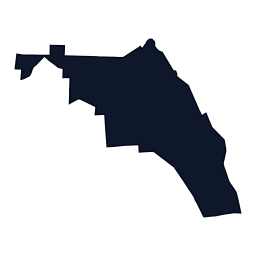 outline of Manastirea, Calarasi, Romania
{"feature_id": "2599482B98336508905768", "entity_name": "Manastirea", "entity_type": "district", "adm_level": 2, "iso_a3": "ROU", "parent_name": "Romania", "parent_adm1": "Calarasi", "projection": "natural_earth1", "projection_center": [26.829, 44.21], "detail": "fine", "context": "isolated", "style": "filled", "palette": "ink", "viewbox_px": 256, "rotation_deg": 0, "n_neighbors": 0, "source": "geoboundaries", "source_scale": "gbopen_adm2", "svg_char_len": 4982}
<svg xmlns="http://www.w3.org/2000/svg" viewBox="0 0 256 256"><path d="M21.1,79.2L21.4,79.2L21.5,79.2L21.9,79.1L22.7,78.8L23.5,78.5L24.0,78.3L25.4,77.6L28.0,76.3L28.5,76.1L28.8,76.0L29.0,75.9L29.3,75.7L29.9,74.6L30.5,73.6L30.8,73.1L31.0,72.7L31.1,72.1L31.7,70.3L32.0,69.4L32.2,68.9L32.3,68.7L33.1,67.2L33.2,66.9L33.4,66.7L33.5,66.5L33.7,66.4L33.9,66.2L34.1,66.1L34.5,65.8L34.5,65.7L34.9,65.5L35.2,65.3L35.3,65.2L35.5,65.0L35.8,64.8L36.1,64.5L36.5,64.1L37.1,63.4L37.4,63.1L37.6,62.9L37.9,62.7L38.0,62.5L38.1,62.4L38.4,62.1L39.3,61.2L40.7,59.7L41.9,58.5L42.1,58.3L42.2,58.2L42.3,58.1L43.5,56.8L44.4,56.0L45.1,56.6L46.0,57.4L46.5,57.8L47.3,58.5L48.5,59.6L49.4,60.4L49.9,60.8L50.0,60.9L52.4,62.6L53.5,63.4L53.7,63.5L53.8,63.5L54.0,63.8L55.1,64.6L56.1,65.4L57.3,66.3L57.5,66.4L57.7,66.6L58.0,66.7L58.2,66.9L58.2,67.0L58.5,67.2L63.4,68.5L63.3,71.8L63.2,76.0L63.1,77.2L63.1,77.5L63.5,77.5L63.5,77.3L70.2,77.5L70.2,77.8L70.1,81.8L70.0,85.9L69.9,88.0L69.9,89.4L69.8,91.2L69.7,92.4L69.9,93.2L69.5,103.4L72.3,101.8L76.4,99.6L77.6,98.9L77.9,98.9L78.5,98.8L79.0,98.7L79.3,98.7L79.5,98.8L79.9,98.8L80.1,98.9L80.3,99.0L80.8,99.2L81.7,99.6L83.5,100.5L86.2,101.8L87.9,102.6L89.4,103.4L90.1,103.7L91.3,104.1L91.7,104.2L91.8,104.2L91.8,104.3L92.0,104.6L92.3,104.8L96.1,106.6L95.3,114.6L97.2,114.5L103.1,114.2L104.9,114.1L105.0,115.2L105.3,120.0L105.6,125.1L106.4,136.2L106.6,138.3L106.8,140.8L107.2,146.6L113.9,146.2L118.6,145.7L122.7,145.3L123.1,145.2L127.1,145.0L130.5,144.9L133.7,144.7L137.4,144.6L139.0,144.5L139.4,151.9L141.2,151.8L144.0,151.6L147.7,151.4L152.1,151.2L153.0,151.2L153.2,150.9L155.2,152.3L156.4,153.2L157.4,154.0L158.7,155.0L160.6,156.4L162.7,158.0L165.3,160.0L168.0,162.1L172.1,165.2L173.5,166.2L174.4,167.0L174.7,167.6L180.2,175.5L181.4,177.3L182.7,179.2L185.8,183.9L187.1,185.8L187.6,186.7L189.2,189.2L190.1,190.5L190.9,191.7L194.2,196.7L194.6,197.6L194.9,198.0L195.0,198.2L195.0,198.4L195.0,198.6L195.1,199.1L195.2,199.7L195.3,199.8L195.4,200.0L196.0,200.9L196.5,201.7L196.7,202.2L197.5,203.6L199.6,207.8L203.9,216.7L208.8,216.2L210.8,216.0L211.6,215.9L212.6,215.8L215.1,215.7L223.6,214.0L234.2,212.5L238.5,212.7L239.1,212.7L239.8,212.8L240.6,212.9L237.3,197.6L236.0,192.8L235.8,192.1L235.5,191.8L233.8,189.0L230.2,183.9L229.3,182.5L228.6,181.1L228.2,179.9L225.3,171.3L224.1,168.0L223.2,165.0L223.1,164.4L223.0,163.7L223.1,163.1L223.1,162.3L223.3,161.4L223.7,160.0L224.0,158.6L224.4,156.8L225.0,154.0L225.6,151.1L225.6,150.7L225.5,149.5L225.5,149.0L225.1,146.4L224.6,143.4L224.3,141.7L224.2,140.8L224.0,140.3L223.9,140.0L223.6,139.6L223.4,139.3L221.3,137.3L219.8,135.7L217.2,133.1L215.6,131.4L214.3,130.1L213.5,129.4L212.4,128.2L212.0,127.7L211.7,127.3L211.3,126.6L210.8,125.3L208.9,120.8L207.2,116.6L206.0,113.4L204.5,114.2L203.4,114.9L202.4,115.5L201.6,115.9L200.1,112.7L198.7,109.9L197.1,106.2L191.9,94.3L188.2,85.7L184.5,82.7L182.4,81.1L176.3,76.2L176.5,75.5L176.5,75.3L176.5,75.1L176.5,74.9L176.6,74.5L176.5,74.4L176.5,74.0L176.5,73.8L176.3,73.2L176.2,73.0L176.1,72.7L176.0,72.2L175.9,72.0L175.8,71.7L175.7,71.5L175.6,71.4L175.4,71.2L175.2,71.1L174.9,71.1L174.4,71.0L174.2,71.0L173.9,71.1L173.4,71.3L165.7,58.5L162.4,53.0L162.2,52.6L162.0,52.4L161.9,52.4L161.7,52.3L161.4,52.3L161.3,52.2L161.2,52.2L160.8,52.0L160.6,51.9L160.4,51.7L160.1,51.7L159.6,51.5L159.3,51.4L159.0,51.3L158.9,51.2L158.7,51.1L158.3,50.8L157.9,50.4L157.5,50.0L157.3,49.8L157.0,49.5L156.2,48.6L156.0,48.3L155.8,48.0L155.3,47.6L155.1,47.3L154.9,47.0L154.8,46.9L154.7,46.7L154.6,46.2L154.5,45.8L154.5,45.6L154.5,45.3L154.5,45.1L154.5,44.2L154.5,43.7L154.5,43.3L154.5,42.9L154.5,42.7L154.3,42.1L154.2,41.5L154.1,41.3L154.0,41.2L153.9,41.2L153.7,41.1L153.2,41.0L153.0,40.9L152.9,40.8L152.8,40.7L152.3,40.4L152.2,40.3L152.2,40.2L152.3,40.0L152.4,39.8L152.4,39.7L152.2,39.5L151.8,39.4L151.5,39.3L151.1,39.3L150.5,39.3L150.3,39.3L149.9,39.4L149.7,39.4L149.4,39.6L149.1,39.7L148.9,39.8L148.7,39.9L148.6,40.0L148.2,40.5L147.8,40.8L147.7,40.9L147.6,41.0L147.3,41.3L147.2,41.5L146.7,42.4L146.6,42.7L146.4,43.0L146.0,43.9L146.0,44.0L145.9,44.1L145.8,44.3L145.7,44.4L145.1,44.9L144.9,45.1L144.7,45.3L144.5,45.6L144.1,46.5L143.9,46.9L143.7,47.3L143.5,47.5L143.4,47.7L143.1,47.9L142.9,48.0L142.7,48.1L141.9,48.6L141.7,48.7L141.5,48.8L141.4,48.7L141.3,48.4L141.2,48.3L141.1,48.0L141.0,47.6L140.7,47.1L140.5,46.6L123.3,57.7L120.6,57.7L118.9,57.8L118.1,57.7L117.6,57.7L117.2,57.7L116.7,57.6L115.4,57.5L112.1,57.4L111.5,57.5L110.1,57.4L108.0,57.3L106.3,57.3L105.8,57.3L104.4,57.2L102.2,57.2L99.2,57.2L98.7,57.1L97.4,57.0L96.0,56.9L95.1,56.9L94.3,56.8L93.4,56.8L92.5,56.8L91.7,56.8L90.1,56.7L85.6,56.6L81.2,56.5L76.8,56.4L74.6,56.3L71.1,56.2L67.6,56.1L65.2,56.1L64.2,56.1L63.9,56.1L64.1,51.5L64.2,48.5L64.3,45.8L50.4,45.5L50.4,47.0L50.2,55.5L45.1,55.5L42.5,55.5L41.2,55.4L39.6,55.4L37.2,55.4L34.7,55.3L28.9,55.3L27.2,55.2L24.2,55.3L22.6,55.2L17.0,54.3L16.8,56.1L16.6,58.0L16.1,61.7L16.0,62.9L15.7,65.2L15.4,67.8L15.4,68.7L22.0,68.9L21.9,70.0L21.3,77.1L21.1,79.2Z" fill="#0f172a" stroke="#020617" stroke-width="1.5"/></svg>